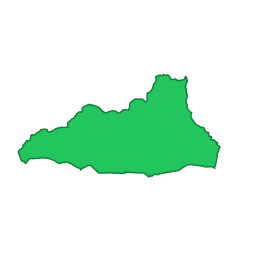 the district of Bojacá, Cundinamarca, Colombia, rotated 110°
{"feature_id": "7082276B91905392471943", "entity_name": "Bojacá", "entity_type": "district", "adm_level": 2, "iso_a3": "COL", "parent_name": "Colombia", "parent_adm1": "Cundinamarca", "projection": "robinson", "projection_center": [-74.318, 4.687], "detail": "fine", "context": "isolated", "style": "filled", "palette": "green", "viewbox_px": 256, "rotation_deg": 110, "n_neighbors": 0, "source": "geoboundaries", "source_scale": "gbopen_adm2", "svg_char_len": 5792}
<svg xmlns="http://www.w3.org/2000/svg" viewBox="0 0 256 256"><g transform="rotate(110 128 128)"><path d="M65.5,113.0L66.0,113.2L66.3,113.1L66.9,113.4L67.1,113.8L67.2,115.2L67.4,115.8L68.4,117.5L70.1,119.2L71.0,119.2L71.5,119.0L71.9,118.5L72.6,118.0L73.4,117.7L73.9,117.7L74.6,117.9L75.4,118.0L75.9,118.2L76.4,118.6L78.1,118.7L79.5,118.6L80.2,118.5L80.4,118.7L81.6,118.4L82.2,118.4L84.8,119.0L86.1,119.5L86.3,119.5L87.3,119.8L87.5,120.6L88.2,121.3L88.5,121.8L90.2,121.4L92.7,120.6L94.3,119.4L95.0,119.4L97.2,120.1L97.6,120.5L97.6,120.9L97.4,121.6L97.0,122.0L96.6,122.5L96.2,123.6L96.0,124.5L96.4,125.8L97.2,127.7L98.0,130.5L98.4,131.2L99.9,132.4L100.9,132.9L102.0,133.7L103.0,134.3L103.6,134.5L104.8,134.5L105.8,134.3L106.9,133.9L109.1,133.5L110.0,133.6L110.4,133.2L110.9,133.3L111.0,134.1L111.6,136.4L112.0,137.4L112.4,137.9L112.7,138.8L113.3,139.3L114.1,139.4L114.8,140.0L116.2,140.5L116.7,140.7L116.9,141.0L117.1,141.9L117.0,143.2L116.8,144.4L116.5,145.4L116.5,146.3L116.8,147.4L117.1,148.3L117.7,149.3L118.8,151.0L121.0,153.5L121.5,154.4L121.4,155.2L121.3,155.7L121.2,156.7L121.0,157.6L120.5,158.8L119.5,160.4L119.3,160.9L119.1,161.6L118.7,162.6L118.5,163.4L118.4,164.5L118.5,165.0L118.5,167.2L118.5,167.7L118.6,168.3L118.8,170.5L119.0,171.7L119.5,173.3L120.8,174.4L122.1,175.8L123.1,176.7L124.3,177.5L125.2,177.7L126.2,177.6L127.1,177.2L127.8,176.9L128.3,176.8L128.7,176.9L129.2,177.8L129.2,178.5L129.6,179.2L131.5,180.7L132.5,181.3L133.4,180.8L133.9,180.8L134.4,181.3L134.6,181.8L135.0,182.0L135.6,181.7L136.4,181.7L136.8,182.0L139.3,184.1L139.9,184.5L140.7,184.7L141.6,185.3L142.2,185.8L143.2,186.3L143.7,186.4L144.3,186.3L145.7,185.5L147.3,185.0L147.8,185.0L148.1,185.3L148.4,186.5L149.1,187.6L149.4,188.4L149.6,189.7L150.1,190.5L150.5,191.5L151.1,192.1L152.2,194.3L152.8,194.6L153.6,195.7L154.2,196.3L155.2,196.9L155.6,197.5L156.6,198.2L157.6,199.0L158.1,199.6L158.7,200.8L158.8,202.1L158.7,202.4L158.1,202.8L157.7,202.9L157.4,203.1L157.2,203.7L157.5,204.9L157.5,205.8L157.8,206.5L158.5,207.7L158.8,208.3L159.1,208.6L159.5,209.4L160.3,209.5L161.1,209.8L161.9,210.1L162.7,210.9L163.7,212.0L164.9,212.6L166.1,212.9L166.8,213.3L167.1,213.9L167.0,214.4L166.8,215.0L166.8,215.3L167.3,216.2L168.3,216.6L168.8,216.6L170.0,216.3L170.7,216.3L171.5,216.1L172.2,216.0L172.4,216.0L172.9,216.0L174.0,216.8L174.1,217.0L174.0,217.3L174.3,217.6L174.4,217.9L174.3,218.6L174.4,218.8L174.6,219.0L177.8,219.6L179.2,220.4L180.3,220.8L180.6,220.8L181.6,220.5L182.9,220.3L185.9,222.5L186.4,222.7L187.5,223.1L188.6,222.4L193.5,218.3L194.4,217.5L195.0,216.7L195.3,216.3L195.4,216.0L195.0,215.4L194.9,215.1L194.9,214.8L195.1,214.3L195.5,214.0L196.0,213.3L196.1,212.9L195.9,212.4L195.9,211.7L195.3,211.6L194.4,211.7L193.8,211.4L192.9,210.9L191.1,210.4L190.6,210.1L190.2,209.5L189.9,208.8L189.6,207.6L189.3,206.7L188.2,204.4L187.4,202.9L186.3,200.3L185.5,198.7L185.0,197.2L184.0,193.4L183.7,191.2L183.8,188.2L183.7,187.0L183.8,185.5L184.0,184.4L184.4,183.8L184.8,182.5L185.0,181.8L185.0,181.2L184.8,180.6L184.4,179.8L183.1,178.1L182.9,177.4L182.6,177.1L181.1,173.6L181.0,172.9L181.0,170.4L181.0,169.7L181.4,168.5L181.6,167.3L182.2,164.3L182.3,163.2L182.4,160.4L182.5,159.5L182.6,159.0L182.9,158.6L183.5,157.8L182.9,157.6L182.5,157.6L181.9,157.8L181.7,157.7L181.3,156.8L180.6,156.1L179.9,155.3L179.4,154.9L179.1,154.6L177.6,153.6L177.4,153.4L176.6,152.1L176.3,151.1L176.1,150.8L175.9,150.5L176.1,149.8L180.3,140.3L179.9,138.9L179.2,137.4L178.6,135.4L175.9,128.6L175.3,126.1L173.4,120.7L173.0,119.9L173.2,119.2L171.5,116.0L171.5,115.7L171.6,115.4L171.4,115.4L170.7,115.4L170.3,115.4L170.0,115.3L170.2,114.6L164.7,96.9L164.9,96.6L165.3,96.0L165.2,95.9L166.3,93.4L166.8,91.9L166.8,91.6L166.4,91.2L166.0,91.2L165.8,90.6L165.3,90.6L165.4,90.1L165.3,89.8L164.7,88.7L163.6,88.1L163.1,87.9L162.7,87.5L162.4,86.9L162.0,85.0L161.5,84.0L160.8,83.1L160.3,82.6L159.9,82.1L159.4,81.2L159.0,80.7L157.4,77.8L156.5,76.4L154.1,72.1L153.5,71.0L152.8,69.9L151.3,67.0L149.5,65.0L146.1,62.7L144.6,61.4L142.7,60.1L142.4,59.7L141.0,56.7L140.4,54.9L139.8,51.4L139.2,49.5L138.6,46.2L138.3,45.0L138.2,42.9L138.1,42.4L137.8,41.3L137.2,40.0L137.2,39.5L137.1,39.1L136.8,38.7L136.7,38.4L136.1,37.7L136.0,37.4L135.8,35.2L135.6,34.5L136.1,33.3L136.1,32.9L135.9,33.0L133.6,33.2L131.2,33.3L129.0,33.7L127.6,34.0L126.9,34.0L125.5,34.2L124.0,34.6L122.8,35.1L121.3,35.2L120.4,35.0L119.7,35.3L119.3,35.3L118.8,35.0L118.4,35.0L117.4,35.2L117.2,35.3L116.1,35.4L114.8,35.2L114.4,35.0L114.3,35.3L113.5,37.8L113.3,38.0L112.7,39.5L111.6,38.7L110.0,43.0L109.8,43.3L110.4,44.9L110.7,46.4L110.0,46.4L108.5,46.2L108.0,46.3L107.8,46.5L107.7,47.1L107.9,49.3L104.7,50.8L104.9,51.7L104.9,52.4L105.1,52.8L105.0,53.4L104.8,53.7L104.6,53.9L104.4,54.3L103.9,54.6L103.6,55.3L103.3,55.8L102.9,56.0L102.6,56.0L102.3,56.3L101.9,57.1L101.8,58.0L101.9,58.4L102.2,58.6L102.4,58.9L102.4,59.1L102.4,59.6L102.0,61.9L101.7,63.3L101.6,64.4L101.4,65.2L99.7,68.1L97.8,70.8L96.8,71.9L95.4,72.9L94.8,73.2L94.3,73.3L93.9,73.2L92.7,73.6L92.2,73.4L91.8,73.5L91.7,73.9L91.6,75.1L91.2,75.8L91.0,76.1L90.8,76.6L89.8,78.1L88.6,79.3L88.5,79.7L88.1,80.0L87.2,80.2L86.8,80.2L86.4,80.1L86.0,80.1L85.7,80.4L85.0,81.4L84.6,81.8L84.3,82.2L81.4,83.1L79.4,83.0L77.8,83.2L76.4,83.8L75.9,84.4L75.4,84.7L74.2,85.6L73.6,85.8L73.2,86.2L72.5,86.2L72.1,86.3L71.6,86.3L71.4,86.5L70.8,87.0L70.0,88.0L69.6,88.1L68.6,88.1L68.0,88.5L67.2,88.4L66.3,88.7L66.0,88.7L65.1,88.5L64.5,88.1L64.2,88.1L63.8,88.3L63.7,88.8L62.8,88.7L62.7,89.2L62.2,89.4L61.5,89.8L61.4,90.1L61.2,90.3L60.5,90.3L60.2,90.5L59.9,91.5L61.3,91.7L62.3,91.7L62.9,91.8L63.6,92.3L64.3,93.3L66.2,96.9L66.2,99.2L65.7,100.3L66.3,101.3L66.6,101.6L67.4,102.7L67.4,103.7L67.1,104.5L66.7,105.0L66.4,105.6L65.5,106.6L65.0,107.4L64.8,108.2L64.6,109.0L65.2,110.3L65.9,111.4L65.9,112.1L65.5,113.0Z" fill="#22c55e" stroke="#15803d" stroke-width="1.5"/></g></svg>